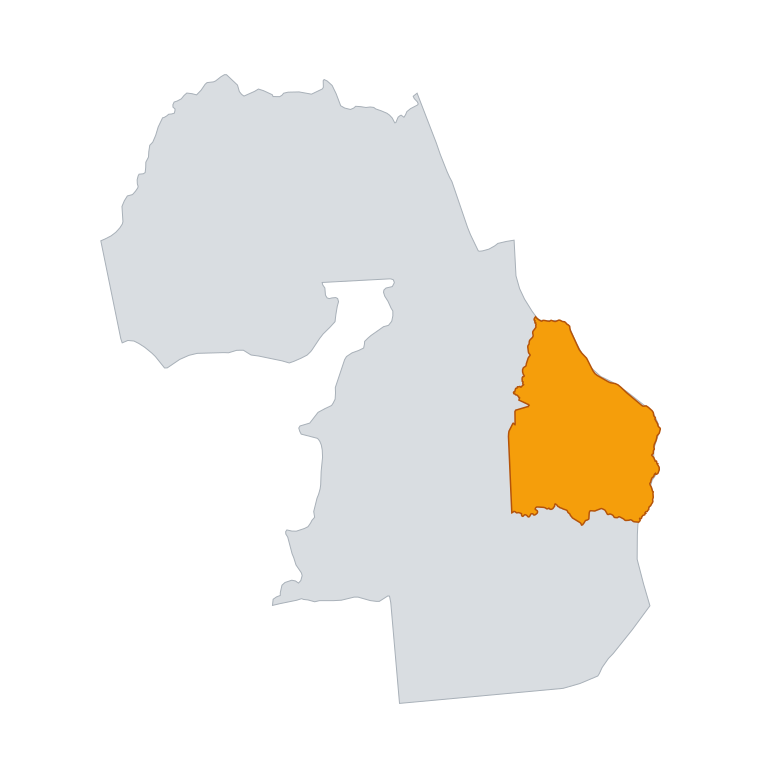 Southern highlighted on a map of Zambia, rotated 266°
{"feature_id": "ZMB-522", "entity_name": "Southern", "entity_type": "Province", "adm_level": 1, "iso_a3": "ZMB", "parent_name": "Zambia", "parent_adm1": "", "projection": "albers", "projection_center": [26.307, -16.684], "detail": "fine", "context": "in_parent", "style": "filled", "palette": "amber", "viewbox_px": 768, "rotation_deg": 266, "n_neighbors": 0, "source": "natural_earth", "source_scale": "10m", "svg_char_len": 9741}
<svg xmlns="http://www.w3.org/2000/svg" viewBox="0 0 768 768"><g transform="rotate(266 384 384)"><path d="M518.4,523.8L482.7,523.2L469.7,525.9L458.9,530.1L446.1,536.9L438.7,541.6L436.7,544.3L435.6,550.2L435.5,559.3L434.1,565.8L430.2,571.8L410.9,578.9L398.2,584.7L385.9,591.6L376.4,600.7L370.0,611.8L359.4,625.7L337.1,650.4L324.4,655.0L313.7,653.9L300.8,648.7L290.5,647.8L282.9,651.0L275.9,650.0L269.4,644.8L264.0,642.9L259.6,644.4L254.1,644.1L243.8,641.3L234.9,632.5L230.1,628.9L226.4,627.5L215.8,626.2L191.5,624.3L166.3,629.0L144.2,633.8L121.4,614.4L99.2,593.9L94.5,588.7L86.1,581.9L80.1,578.6L77.8,576.9L71.5,558.4L67.9,541.4L64.3,377.2L165.5,375.5L172.0,374.7L172.3,373.0L167.5,364.2L167.7,361.2L168.9,355.2L173.2,343.3L173.5,339.3L171.3,326.4L171.4,319.2L172.4,304.6L171.6,299.7L173.9,293.1L174.7,288.7L175.6,286.8L174.4,281.9L172.1,264.6L170.9,257.3L177.0,258.4L179.1,261.9L180.3,265.8L183.1,266.0L190.4,268.2L192.9,271.4L194.7,278.3L193.7,281.9L191.4,284.8L193.7,287.3L198.6,289.0L201.4,288.4L209.6,283.6L217.2,281.8L221.0,280.5L237.9,277.3L241.2,275.6L243.5,275.6L245.2,276.9L243.7,281.9L243.3,286.3L245.4,294.5L247.0,298.3L250.5,301.1L253.0,302.6L255.9,305.5L261.7,305.0L274.7,309.2L278.6,311.1L284.0,313.0L287.9,313.8L301.1,315.2L315.2,317.6L322.4,317.8L327.6,317.2L331.2,316.0L333.4,314.7L334.5,313.6L339.8,297.9L342.5,296.7L346.0,295.9L348.0,297.3L350.2,307.2L360.3,316.2L363.7,323.7L366.2,330.2L368.4,331.9L372.3,334.2L378.4,335.0L383.9,335.2L411.0,346.4L414.0,348.5L417.3,354.3L419.2,361.0L421.3,366.2L424.8,367.2L427.9,367.7L431.0,371.3L433.3,374.4L441.2,387.5L442.2,392.6L446.1,396.1L451.4,397.6L456.2,397.9L459.1,396.4L466.1,393.8L471.5,390.9L475.5,389.9L477.8,390.5L479.6,392.7L480.6,399.1L484.4,401.4L487.3,400.6L488.4,398.1L488.5,396.8L489.6,329.4L487.1,329.8L483.9,331.7L476.7,331.8L473.9,333.2L473.0,335.3L473.5,338.1L473.6,341.9L472.5,343.7L469.3,344.4L464.8,342.8L456.5,340.8L449.6,339.5L444.7,334.4L438.1,326.7L433.7,322.8L423.2,314.7L421.4,313.1L418.2,309.3L415.5,303.0L412.9,295.7L411.6,291.0L414.2,283.9L420.7,260.7L422.2,253.4L427.5,246.1L427.9,239.5L426.0,231.1L426.5,226.4L427.6,199.8L426.2,191.4L422.8,182.0L415.2,168.9L415.3,166.2L427.3,157.9L430.9,154.7L437.2,148.0L441.5,142.3L444.3,137.6L445.3,131.5L443.3,125.7L447.5,124.6L546.6,111.5L548.0,115.5L550.8,122.1L554.1,127.1L558.2,131.4L561.8,134.1L564.2,134.9L579.4,135.0L584.8,137.7L589.5,141.1L590.5,146.3L593.6,149.5L596.9,152.1L598.3,152.5L600.8,151.9L604.9,152.0L608.6,153.2L610.4,154.3L610.5,158.6L611.6,160.5L616.7,161.4L621.9,161.9L626.8,164.9L632.3,165.6L638.5,167.0L641.4,170.2L648.0,173.6L656.2,176.7L665.0,181.7L665.2,183.2L666.6,186.0L668.1,188.0L668.2,191.0L668.8,193.7L671.1,194.5L673.0,194.7L674.9,192.8L677.3,192.9L679.9,194.3L680.7,197.4L682.6,201.7L685.8,204.7L688.0,207.6L687.0,212.7L685.5,217.2L689.8,222.0L695.5,226.5L697.0,228.5L697.3,235.0L698.1,237.2L701.9,242.8L703.7,246.4L703.5,248.5L692.4,258.7L685.8,260.1L682.8,262.2L681.0,264.4L684.9,275.2L687.0,279.3L685.0,284.3L680.4,292.7L678.5,293.4L677.9,299.9L679.1,302.3L681.1,304.2L681.8,308.7L681.3,319.6L678.2,331.9L682.6,343.0L684.2,344.2L690.8,344.5L691.9,345.5L690.2,348.5L685.4,353.1L676.9,356.5L664.6,360.2L662.0,364.1L660.2,369.7L661.4,373.1L663.0,375.1L662.3,380.1L661.1,385.3L661.3,389.5L660.6,393.1L659.0,394.9L656.7,400.3L653.9,405.8L651.8,408.3L648.7,410.8L643.8,412.9L643.9,414.0L649.2,416.7L650.5,418.6L651.0,419.8L648.7,422.5L651.1,424.3L654.1,425.8L656.8,429.6L659.9,436.7L660.5,437.4L661.4,437.6L663.2,436.9L666.6,434.1L669.0,433.2L671.8,437.3L621.1,452.9L609.2,456.1L591.5,461.7L585.8,463.8L581.1,465.9L534.3,478.3L526.9,480.7L510.3,487.3L509.8,488.4L509.9,491.5L511.2,498.0L514.0,504.0L516.3,507.4L517.7,516.1L518.4,523.8Z" fill="#d9dde1" stroke="#a8b0b8" stroke-width="1"/><path d="M440.5,539.9L439.8,540.3L438.0,542.0L436.8,543.5L436.6,543.9L435.9,545.0L435.7,545.6L435.8,546.1L436.3,546.8L436.4,547.1L436.1,549.0L435.4,551.3L435.0,553.5L435.9,555.1L434.6,558.1L434.4,559.3L434.6,560.3L435.5,562.6L435.4,563.9L434.1,566.0L433.9,566.4L433.5,568.4L432.8,569.3L430.7,570.9L430.2,571.8L428.7,573.2L427.9,573.3L426.4,573.3L423.9,573.8L404.5,581.2L400.9,583.5L395.6,587.9L382.5,593.4L379.7,595.1L377.6,597.4L370.3,608.3L369.4,610.2L368.3,614.7L366.8,617.4L364.0,620.3L358.5,625.3L344.4,639.9L343.9,640.7L343.8,641.3L343.8,642.7L343.9,644.0L342.2,646.2L338.6,649.6L337.2,650.4L336.4,650.7L333.9,650.8L333.3,651.0L331.4,652.3L330.1,651.8L325.1,654.2L323.8,654.3L323.0,654.5L322.3,654.9L320.8,656.3L320.1,656.5L319.4,656.4L316.4,655.4L315.5,655.0L314.8,654.3L314.0,653.4L313.3,652.8L312.4,652.5L311.0,652.2L308.8,651.5L304.7,649.3L302.3,648.8L300.3,649.1L300.0,649.0L299.6,648.7L299.2,648.4L298.7,648.1L296.2,647.8L295.8,647.7L295.5,647.3L295.2,646.8L294.8,646.3L294.3,646.1L293.8,646.4L292.0,647.9L291.5,648.1L290.3,648.4L289.4,648.9L288.5,649.1L288.1,649.2L288.1,649.4L288.2,650.1L288.1,650.4L287.4,650.6L286.4,650.6L285.6,650.8L285.3,651.5L284.9,651.1L282.0,652.6L281.4,652.7L279.1,652.6L275.9,651.1L275.4,650.5L275.0,649.6L275.0,648.8L275.9,648.5L275.1,647.5L272.7,646.5L272.2,645.6L271.8,645.0L270.7,644.3L269.5,643.8L267.5,643.2L266.9,642.7L266.2,642.2L264.9,642.4L262.1,643.6L258.6,644.3L258.3,644.5L257.8,645.0L257.5,645.1L257.2,645.0L256.7,644.7L256.4,644.7L252.4,644.7L251.8,644.6L250.1,643.9L248.4,644.0L247.9,644.0L246.9,643.5L245.2,642.2L244.2,641.7L243.9,641.4L243.5,640.7L243.0,640.0L242.2,639.6L241.5,639.4L240.6,639.4L240.2,639.2L239.5,638.3L239.2,638.1L238.6,637.8L238.4,637.5L238.3,637.2L238.4,636.5L238.2,636.2L237.4,635.4L237.0,635.4L236.6,636.0L236.4,635.7L236.2,635.3L235.8,635.0L235.3,634.9L234.8,633.0L234.6,632.9L233.6,632.0L233.5,631.8L232.8,631.8L232.5,631.7L232.2,631.5L231.8,631.1L231.8,630.7L232.2,629.8L232.0,629.6L231.5,629.7L230.5,630.0L230.0,630.0L229.1,629.3L228.4,628.4L229.0,624.6L229.3,623.4L229.9,622.6L230.6,622.0L230.8,621.6L231.2,621.0L231.3,620.6L231.4,620.2L231.3,619.9L231.1,619.3L231.0,618.9L231.0,615.8L231.1,615.3L231.3,614.9L231.7,614.4L232.5,613.8L232.7,613.6L233.6,612.1L234.1,611.4L235.1,609.6L235.2,609.2L235.2,608.9L234.9,608.4L234.6,608.0L234.4,607.6L234.4,607.0L234.6,605.6L234.7,604.9L234.9,604.5L235.4,604.1L236.8,603.4L237.1,603.1L237.5,602.6L238.1,601.6L238.4,600.9L238.6,600.4L238.6,600.1L238.5,599.8L238.2,599.2L238.2,598.8L238.3,598.0L238.7,597.6L239.2,597.4L239.7,597.2L242.5,595.8L242.9,595.4L243.3,594.8L244.2,593.2L244.5,592.5L244.6,591.9L243.0,586.6L242.8,586.1L242.6,585.5L242.7,584.6L243.1,582.0L243.2,581.3L243.1,580.8L242.9,580.6L242.5,580.3L242.0,580.0L241.0,579.7L235.4,579.0L235.1,578.9L234.8,578.6L234.1,577.2L234.0,576.6L233.8,575.7L233.7,575.5L233.3,575.1L231.4,573.8L229.7,572.3L229.5,571.5L229.5,571.2L230.7,570.8L231.2,570.6L231.9,570.1L237.2,562.7L237.6,562.4L238.6,561.8L239.6,561.0L239.8,560.8L240.7,560.6L241.0,560.5L241.7,560.0L242.8,558.8L243.0,558.6L243.5,558.4L244.3,558.1L245.0,557.8L245.3,557.4L245.7,556.7L247.0,553.6L247.2,553.4L247.7,552.5L248.3,551.0L248.5,550.6L248.9,550.3L249.3,549.8L249.7,549.0L250.1,548.7L251.0,548.2L252.4,546.7L252.4,546.4L252.3,546.2L252.0,546.0L251.4,545.8L250.4,545.7L250.1,545.6L249.6,545.2L249.3,544.8L248.2,544.0L247.8,543.5L247.6,543.1L247.5,542.8L247.3,542.0L247.4,541.4L247.4,541.0L247.6,540.8L248.1,540.4L248.4,540.2L248.6,539.8L248.6,539.6L248.2,539.1L248.1,538.7L248.1,537.9L248.2,537.5L248.4,537.2L248.6,537.0L248.9,536.7L249.3,536.1L249.8,534.6L250.6,528.7L250.6,527.9L250.6,527.6L250.3,527.2L250.0,526.7L249.5,526.4L249.3,526.3L248.7,526.1L248.4,526.2L248.2,526.4L247.0,527.9L246.5,528.2L245.9,528.3L245.3,528.2L244.7,527.9L244.3,527.6L243.9,527.1L243.2,526.0L243.0,525.7L242.8,524.8L242.9,524.4L243.0,524.1L243.8,523.7L244.0,523.4L244.2,523.1L244.3,522.4L244.2,521.8L244.1,521.5L243.7,521.2L243.0,520.8L241.8,520.0L241.6,519.8L241.4,519.5L241.3,519.0L241.4,518.6L241.5,518.4L243.0,517.2L243.2,516.9L243.4,516.5L243.7,515.8L243.8,515.4L243.7,515.1L243.4,514.7L242.5,513.7L242.3,513.2L242.4,512.9L242.5,512.6L243.8,512.0L244.1,512.0L244.8,512.2L245.0,512.1L245.2,511.9L245.9,510.5L246.1,510.0L246.3,509.3L246.3,508.7L246.2,507.9L246.2,507.5L246.3,507.1L246.5,506.9L247.4,506.0L247.6,505.5L247.7,505.1L247.8,504.8L247.5,504.2L246.9,503.3L246.6,502.5L322.9,504.5L326.0,504.9L328.2,505.4L335.3,509.6L335.8,510.0L335.8,510.4L334.5,511.5L334.3,511.8L334.8,512.0L347.4,512.7L348.7,513.5L351.4,525.6L351.4,526.3L352.0,526.5L352.6,527.3L353.5,526.8L353.6,526.3L358.5,517.5L359.8,517.8L360.6,518.3L360.9,518.3L361.1,518.2L361.3,517.6L361.5,517.4L362.3,517.1L363.1,516.4L363.5,516.0L363.8,515.6L364.0,514.6L364.2,514.4L364.9,514.0L365.0,513.8L365.1,513.1L365.4,512.8L365.8,512.7L366.6,512.6L366.9,512.8L367.1,513.0L367.0,513.6L367.0,513.8L367.3,513.9L370.1,514.9L370.4,515.1L370.5,515.3L370.6,516.0L370.6,516.3L370.8,516.4L371.7,516.8L371.9,517.0L371.9,517.3L371.8,518.4L371.9,518.7L372.0,519.0L372.1,519.4L372.0,519.6L371.4,520.1L371.3,520.3L371.4,520.6L371.5,520.8L372.7,521.9L373.0,522.3L373.2,522.8L373.5,523.2L374.1,522.7L374.4,522.5L375.3,522.5L375.9,522.8L376.3,522.9L376.5,522.8L376.8,522.3L377.0,522.1L379.3,522.1L380.6,522.3L381.6,523.0L381.5,523.4L381.6,523.8L381.9,524.2L382.3,524.5L384.1,523.6L386.3,523.1L388.5,523.2L390.4,524.1L391.1,525.1L391.6,526.1L392.2,526.9L393.2,527.2L394.3,527.4L399.5,529.5L400.4,530.0L402.1,531.5L402.6,531.8L403.1,531.7L404.7,530.6L405.6,530.3L410.9,530.0L412.0,530.2L412.6,530.6L413.6,531.4L414.3,531.6L416.3,531.9L417.1,532.2L418.0,532.9L420.2,535.4L421.2,536.0L422.2,536.2L424.4,535.9L425.4,536.0L426.2,536.3L429.7,539.3L430.2,539.5L430.5,539.5L431.5,539.5L431.9,539.5L432.7,539.8L433.2,539.8L433.4,539.6L433.7,539.3L434.0,539.1L434.6,539.5L434.9,539.0L435.3,538.7L435.9,538.8L436.5,539.1L437.4,538.2L438.6,538.4L439.8,539.2L440.5,539.9Z" fill="#f59e0b" stroke="#b45309" stroke-width="1.5"/></g></svg>